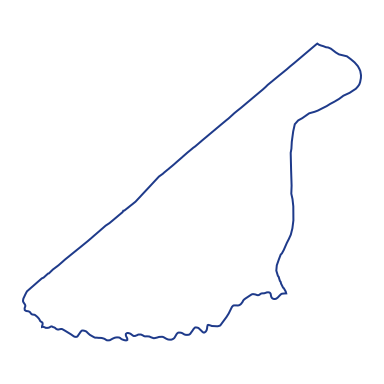 outline of Morazán, El Progreso, Guatemala
{"feature_id": "79465075B64841514160726", "entity_name": "Morazán", "entity_type": "district", "adm_level": 2, "iso_a3": "GTM", "parent_name": "Guatemala", "parent_adm1": "El Progreso", "projection": "natural_earth1", "projection_center": [-90.183, 14.99], "detail": "fine", "context": "isolated", "style": "outline", "palette": "blue", "viewbox_px": 384, "rotation_deg": 0, "n_neighbors": 0, "source": "geoboundaries", "source_scale": "gbopen_adm2", "svg_char_len": 4856}
<svg xmlns="http://www.w3.org/2000/svg" viewBox="0 0 384 384"><path d="M286.2,293.4L285.7,291.5L283.8,288.2L283.1,287.7L281.1,283.7L280.6,281.8L279.9,280.9L278.6,276.7L277.9,275.9L276.3,270.6L276.8,265.3L278.9,259.3L280.7,254.6L281.9,253.4L283.8,249.9L286.8,243.0L288.9,238.9L290.8,234.7L292.4,228.3L293.4,220.4L293.3,206.4L292.5,199.1L291.3,193.7L291.6,185.7L291.1,170.1L290.7,152.8L291.4,148.8L291.8,141.7L293.2,131.4L294.8,124.2L298.2,120.4L302.2,118.2L309.2,113.3L314.6,111.8L317.8,110.6L321.9,108.5L326.7,106.1L330.2,103.9L334.0,101.9L339.1,98.9L343.4,95.7L349.7,92.8L352.7,90.8L355.8,88.8L357.7,86.7L359.1,84.8L359.4,84.2L360.1,82.2L360.9,78.1L361.0,75.3L360.3,71.1L359.4,69.0L357.9,66.2L354.6,62.4L350.8,59.2L346.9,56.3L339.0,54.4L335.7,52.4L330.9,48.7L328.2,47.5L325.9,47.2L323.4,46.2L321.0,45.5L318.9,44.7L317.3,43.6L316.0,44.6L294.5,62.8L290.1,66.4L286.8,69.3L278.9,75.7L267.7,84.9L265.7,86.9L262.7,89.6L254.8,96.2L240.9,107.9L237.6,110.5L234.3,113.2L228.4,118.6L226.6,120.0L220.7,124.9L202.9,139.8L195.2,146.4L193.2,147.8L187.3,152.7L172.8,165.4L164.2,172.5L162.8,173.8L159.0,176.5L135.5,201.7L124.3,210.6L123.3,210.7L122.6,212.1L109.5,223.1L105.7,225.6L87.8,241.1L65.2,259.4L58.5,265.3L52.9,269.5L48.9,273.4L48.0,273.6L43.6,277.6L41.8,278.4L27.0,291.3L26.1,292.9L25.3,294.5L25.0,295.1L24.6,296.0L23.8,297.7L23.5,298.3L23.3,298.9L23.1,300.0L23.0,301.1L23.4,302.2L23.8,302.8L24.4,303.7L24.9,304.4L25.3,305.4L25.3,306.3L24.8,307.6L24.6,308.3L24.7,309.4L24.8,310.1L25.8,310.8L26.8,311.1L27.9,311.2L28.6,311.4L29.3,311.7L29.8,312.0L30.3,312.6L31.1,313.7L31.8,314.3L33.0,314.6L33.9,314.7L34.6,314.8L35.1,315.1L36.0,315.8L36.6,316.3L37.3,316.9L37.9,317.5L38.3,318.0L38.9,318.6L39.7,320.0L40.2,321.0L40.9,321.6L41.6,322.0L42.3,322.5L42.6,323.2L42.6,324.2L42.4,325.2L42.0,326.2L42.0,327.0L42.7,326.8L43.5,326.9L44.6,327.3L45.9,327.9L47.0,327.9L47.7,327.9L49.3,327.5L50.1,327.0L50.7,326.6L51.7,326.4L52.4,326.7L53.0,327.1L53.9,327.3L55.1,327.9L55.7,328.5L56.2,328.9L56.7,329.2L58.1,329.6L59.4,329.3L60.4,329.1L61.0,329.0L61.7,329.0L62.4,329.2L62.9,329.5L65.0,330.7L70.9,334.3L73.9,336.4L74.9,336.8L75.6,336.9L76.2,336.9L77.2,336.6L77.7,336.1L78.2,335.3L79.7,333.2L80.5,332.0L81.2,331.2L81.7,330.7L82.3,330.5L83.0,330.5L83.9,330.7L84.5,330.8L85.9,331.3L86.5,331.7L88.1,333.3L89.8,334.8L92.2,336.2L94.2,337.3L94.9,337.6L95.6,337.7L97.1,337.7L98.9,337.9L100.5,337.9L101.7,338.0L102.9,338.3L103.5,338.5L104.4,338.8L105.4,339.4L106.6,340.2L107.2,340.3L109.1,340.3L109.8,340.2L110.4,339.9L111.1,339.5L112.5,338.7L114.1,338.0L114.9,337.7L115.9,337.5L116.8,337.4L118.0,337.4L119.4,337.6L120.1,338.0L121.2,338.9L122.3,339.5L123.3,339.8L124.1,340.1L125.1,340.3L125.9,340.4L126.7,340.3L127.3,339.9L127.3,338.8L127.0,337.9L126.4,336.8L126.0,335.9L125.8,335.0L125.9,333.9L126.8,333.2L127.4,333.0L128.1,333.0L128.9,333.2L129.9,333.5L130.7,333.9L131.3,334.4L133.4,335.9L134.0,336.0L135.3,335.9L136.2,335.5L137.1,335.2L138.2,334.6L138.8,334.5L139.7,334.5L140.6,334.5L141.1,334.6L142.0,335.0L142.9,335.4L143.6,335.9L144.6,336.3L145.8,336.4L146.7,336.3L148.1,336.4L149.3,336.5L150.4,337.0L151.3,337.4L152.5,337.8L153.3,338.1L153.9,338.2L154.7,338.1L156.1,337.8L157.3,337.5L158.8,337.0L159.6,336.9L161.5,336.8L162.3,336.8L163.1,337.0L163.8,337.3L164.8,337.9L166.4,338.8L168.1,339.5L170.2,339.7L171.6,339.6L172.7,339.1L173.3,338.8L174.3,338.0L174.7,337.4L176.6,334.1L177.3,333.3L177.8,332.9L178.4,332.6L179.0,332.6L179.8,332.6L180.9,332.7L182.1,333.1L182.7,333.4L183.4,333.9L184.5,334.5L185.2,334.7L186.1,334.9L187.2,334.9L188.9,334.7L189.5,334.4L190.0,334.0L190.5,333.5L190.9,332.8L192.4,330.8L193.5,329.1L194.5,328.0L194.9,327.6L195.7,327.4L196.5,327.5L197.2,327.6L197.9,327.8L198.4,328.0L198.9,328.4L199.7,329.2L201.0,330.4L202.4,331.8L203.2,332.4L203.9,332.6L204.4,332.5L205.1,332.1L205.9,331.4L206.6,330.2L207.0,328.8L207.3,326.5L207.7,325.1L208.6,324.9L209.2,325.1L209.9,325.3L210.9,325.6L211.8,326.0L213.8,326.1L215.8,326.2L217.4,326.3L218.4,326.1L219.1,325.9L220.0,325.6L220.5,325.1L220.9,324.6L221.4,323.9L224.2,320.1L226.5,317.0L228.7,313.5L231.6,307.6L231.9,307.0L232.5,306.3L233.0,305.8L233.5,305.5L234.2,305.4L234.9,305.4L236.4,305.4L237.4,305.5L238.4,305.4L239.2,305.2L240.5,304.4L241.4,303.5L242.0,302.6L242.7,301.7L243.0,300.9L243.4,300.3L243.9,299.7L245.3,298.6L251.5,294.5L252.3,294.2L253.1,294.1L253.7,294.2L254.5,294.3L255.5,294.5L256.3,294.8L257.2,295.1L257.9,295.2L258.7,295.1L259.5,294.7L260.0,294.3L260.5,293.9L261.3,293.5L262.0,293.4L262.8,293.3L263.8,293.3L264.6,293.2L265.1,293.0L265.8,292.8L266.5,292.5L267.2,292.3L268.0,292.3L268.8,292.3L269.9,292.8L270.3,293.3L270.6,293.8L270.8,294.7L271.0,295.8L271.2,296.6L271.7,297.6L272.2,298.2L273.0,298.7L273.6,298.9L274.2,299.0L275.0,299.0L276.4,298.6L277.0,298.1L277.7,297.6L279.3,295.9L280.8,294.4L281.5,293.9L282.2,293.7L284.2,293.5L286.2,293.4Z" fill="none" stroke="#1e3a8a" stroke-width="2"/></svg>